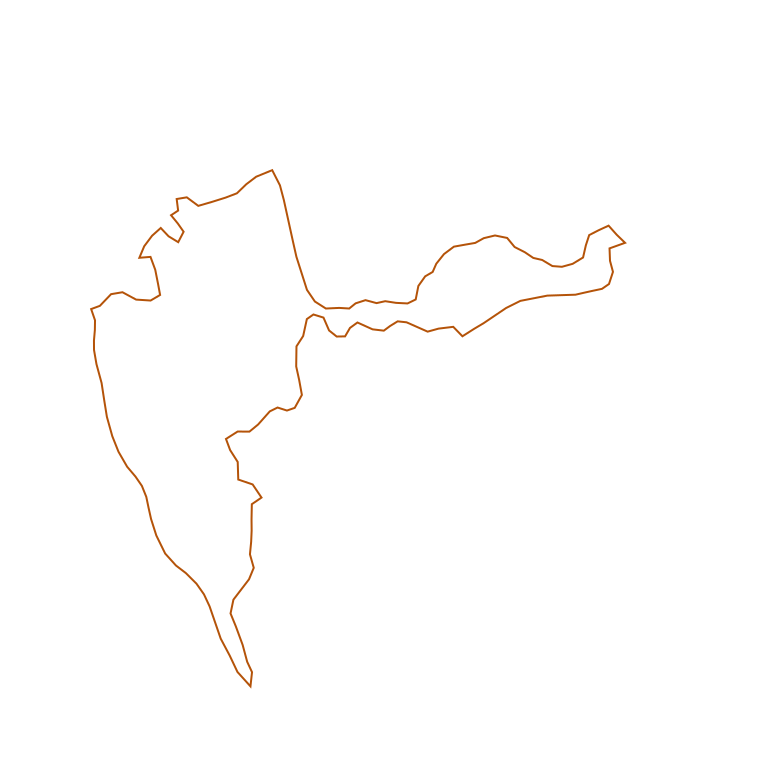 outline of Paulista, Pernambuco, Brazil, rotated 161°
{"feature_id": "56859067B6183136876088", "entity_name": "Paulista", "entity_type": "district", "adm_level": 2, "iso_a3": "BRA", "parent_name": "Brazil", "parent_adm1": "Pernambuco", "projection": "equal_earth", "projection_center": [-34.904, -7.91], "detail": "fine", "context": "isolated", "style": "outline", "palette": "amber", "viewbox_px": 768, "rotation_deg": 161, "n_neighbors": 0, "source": "geoboundaries", "source_scale": "gbopen_adm2", "svg_char_len": 2086}
<svg xmlns="http://www.w3.org/2000/svg" viewBox="0 0 768 768"><g transform="rotate(161 384 384)"><path d="M110.1,439.0L115.4,449.4L120.1,460.6L131.0,459.5L141.5,458.0L148.0,449.4L154.6,438.8L166.5,436.2L177.6,436.9L186.4,440.7L194.1,449.8L201.8,454.6L207.9,462.7L215.9,471.0L220.0,482.0L230.7,488.3L242.2,489.4L251.8,487.7L262.3,489.4L273.2,491.1L285.0,487.3L295.4,480.7L301.5,474.1L310.0,472.4L319.6,465.5L326.5,453.6L335.5,452.5L346.2,456.8L355.9,461.9L364.7,462.9L374.2,469.3L384.6,469.5L392.3,466.7L401.5,470.5L414.4,474.3L422.5,484.5L426.2,498.1L425.4,532.8L423.7,548.3L418.8,590.6L417.7,605.7L420.1,622.6L437.4,621.6L449.2,617.7L461.0,612.2L473.1,611.8L487.6,612.2L501.6,612.9L509.7,624.7L519.8,626.4L522.2,615.0L530.4,612.9L526.7,602.9L523.9,593.2L532.4,585.1L539.6,593.8L544.3,604.2L555.0,599.7L565.9,592.3L574.2,583.0L563.4,580.2L563.1,566.5L565.1,551.9L566.7,541.1L577.5,538.9L590.9,544.5L601.4,555.9L612.8,557.8L627.2,550.4L636.5,550.2L636.5,538.3L639.8,529.2L644.1,519.5L647.1,510.6L649.4,496.4L650.7,476.9L653.8,459.9L656.7,443.2L657.9,423.1L657.1,406.4L653.8,389.4L649.1,377.3L646.1,366.5L645.5,354.7L646.9,343.7L648.2,332.2L648.6,314.9L646.1,294.9L639.8,280.1L632.9,269.7L626.3,256.2L622.7,243.7L621.3,230.5L621.3,213.8L621.3,196.4L618.3,177.4L616.3,159.4L608.7,141.6L602.6,154.5L603.8,165.9L602.6,183.3L603.0,203.0L603.8,217.0L596.6,229.1L575.2,243.3L567.0,252.6L566.2,266.6L561.0,278.0L556.9,288.4L553.3,299.2L548.1,313.4L536.8,316.5L540.9,331.8L552.9,341.1L547.7,357.9L551.0,371.6L551.3,383.5L537.9,386.7L526.7,382.8L516.2,386.7L500.9,395.3L492.3,396.4L484.4,390.5L476.2,390.5L465.2,400.4L462.9,415.5L461.3,429.2L454.5,448.1L444.8,455.7L435.8,470.5L428.1,472.7L419.6,466.5L418.5,452.5L413.3,444.3L405.3,441.7L397.9,448.1L389.1,450.8L377.0,439.4L366.8,434.5L359.2,436.9L350.7,438.8L342.6,435.0L325.7,419.3L314.4,418.6L299.9,415.5L294.3,403.6L280.9,406.8L269.9,409.1L243.8,416.1L228.0,418.2L200.8,414.4L173.9,406.1L164.5,405.1L156.6,404.2L146.9,403.0L138.7,405.3L131.0,415.5L130.2,426.9L126.6,438.8L110.1,439.0Z" fill="none" stroke="#b45309" stroke-width="2"/></g></svg>